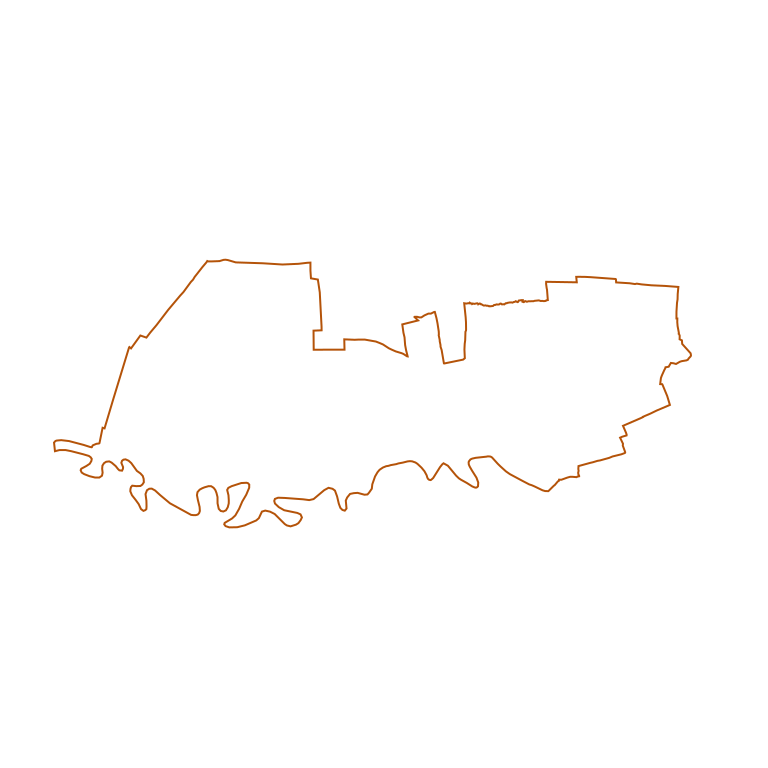 Dranceni, Vaslui, Romania, rotated 119°
{"feature_id": "2599482B495393789675", "entity_name": "Dranceni", "entity_type": "district", "adm_level": 2, "iso_a3": "ROU", "parent_name": "Romania", "parent_adm1": "Vaslui", "projection": "albers", "projection_center": [28.101, 46.793], "detail": "fine", "context": "isolated", "style": "outline", "palette": "amber", "viewbox_px": 768, "rotation_deg": 119, "n_neighbors": 0, "source": "geoboundaries", "source_scale": "gbopen_adm2", "svg_char_len": 6154}
<svg xmlns="http://www.w3.org/2000/svg" viewBox="0 0 768 768"><g transform="rotate(119 384 384)"><path d="M602.3,639.2L599.1,635.8L596.2,630.6L594.4,625.0L591.3,613.1L590.0,607.3L590.3,605.0L591.2,603.3L593.3,602.6L596.4,602.7L599.9,604.5L604.9,607.7L606.5,607.5L608.0,605.5L608.2,602.6L607.4,596.9L605.9,591.4L603.8,587.6L600.9,586.2L598.0,587.1L594.8,589.4L591.9,590.7L589.0,590.5L586.7,589.3L584.9,586.8L584.8,584.1L585.9,578.8L587.3,575.5L587.8,573.6L586.8,571.1L584.8,571.2L583.2,571.9L580.3,575.5L578.1,575.9L576.5,575.2L575.2,573.5L574.9,570.2L575.7,566.7L579.8,558.0L580.3,553.7L581.4,550.4L583.5,548.2L586.4,546.4L589.1,546.6L591.3,547.6L593.4,551.1L595.0,554.9L596.7,555.3L598.6,554.9L600.8,553.9L603.5,550.5L605.8,545.0L608.0,540.3L611.2,535.9L611.6,532.9L610.0,531.6L608.6,531.2L606.1,532.4L601.3,535.2L595.9,539.2L591.8,539.8L589.4,538.5L588.1,536.4L588.1,532.6L589.7,525.9L592.1,513.4L592.0,489.3L591.0,486.9L589.9,485.0L588.5,483.6L586.5,483.1L584.3,483.5L580.9,485.7L575.5,490.7L571.9,493.7L569.0,494.7L565.8,494.0L563.4,492.5L561.4,490.9L558.4,487.9L557.2,485.6L557.3,483.5L557.6,482.1L558.6,480.0L560.5,477.7L563.6,474.8L569.1,471.7L573.3,468.0L574.2,465.3L573.4,462.7L571.1,461.0L567.5,460.9L563.7,461.9L560.9,463.4L556.7,466.1L552.7,469.8L550.3,469.8L547.2,467.7L539.8,460.8L537.0,456.3L536.7,454.9L537.3,453.1L540.1,451.6L547.6,450.8L555.5,451.0L563.4,450.2L571.0,450.3L575.3,451.7L582.7,456.0L584.2,455.7L585.1,453.7L584.4,449.8L580.4,442.9L575.1,437.2L565.3,429.6L562.0,428.4L554.8,428.9L552.3,426.5L550.9,421.8L550.7,416.6L554.6,402.9L554.8,400.4L553.8,396.7L549.7,392.8L547.2,391.4L543.5,390.9L540.5,391.1L538.5,393.8L538.8,397.3L542.8,410.1L542.7,416.4L541.4,421.4L539.5,423.3L537.4,423.7L534.8,421.5L531.8,415.6L524.0,398.7L521.8,393.1L518.8,389.8L505.8,384.8L501.7,382.2L500.6,378.2L501.0,375.2L505.1,370.5L510.5,365.6L513.5,362.1L514.3,359.3L513.8,356.9L511.1,356.4L504.5,360.9L501.1,361.2L496.6,360.4L494.1,357.5L492.0,354.3L490.3,347.4L488.6,344.9L486.3,344.4L481.5,343.9L477.4,345.6L469.2,347.0L464.4,346.9L461.7,346.4L460.6,346.0L457.5,344.4L454.8,342.2L453.4,340.4L451.7,338.8L448.2,334.5L446.5,332.9L443.6,329.4L440.3,325.9L438.9,323.9L438.0,321.9L437.4,318.4L437.6,316.1L439.0,310.6L440.7,306.3L443.2,302.4L444.8,300.8L445.6,299.6L445.9,298.3L445.6,297.0L445.3,296.5L443.6,295.8L442.3,295.4L429.6,294.7L426.0,294.1L424.5,293.5L424.5,288.5L429.2,276.5L430.2,272.8L430.4,270.2L430.4,263.6L430.8,257.1L430.5,254.5L430.1,253.3L429.1,252.5L427.9,252.2L424.5,253.8L421.1,257.7L417.1,265.0L414.7,269.0L413.2,270.9L411.3,272.1L410.2,272.2L408.0,271.8L406.5,270.7L404.1,268.0L397.9,259.2L397.1,258.3L396.0,256.2L395.8,255.0L395.9,253.8L398.6,245.9L399.6,242.3L401.3,235.0L401.8,230.2L401.6,215.8L401.4,208.2L400.9,205.8L400.6,202.7L400.1,193.8L399.5,191.1L398.0,188.3L390.5,186.1L389.8,185.7L384.8,184.7L383.9,184.1L382.8,184.5L381.7,182.4L377.0,178.3L375.0,176.3L374.0,174.6L372.1,170.4L371.3,170.0L370.1,168.6L369.5,169.0L369.2,169.5L369.1,169.9L367.6,171.1L365.6,171.7L364.2,172.8L361.5,174.1L352.9,165.3L351.2,163.4L347.7,160.0L346.2,158.1L339.4,151.2L336.6,149.0L330.4,142.3L327.6,139.9L327.1,139.8L326.5,140.2L322.1,145.3L320.4,146.0L316.5,151.5L314.5,150.0L311.4,146.9L310.7,147.2L309.3,148.7L304.7,154.7L288.6,142.3L287.3,141.4L287.1,141.6L280.8,136.7L275.1,132.7L263.7,123.8L257.2,130.5L249.5,140.2L249.3,140.7L250.2,142.4L244.5,144.7L241.9,145.1L235.9,145.6L234.1,145.6L232.9,145.9L230.9,143.4L226.5,143.3L225.5,140.8L224.9,138.3L221.1,136.0L219.7,134.7L216.6,130.8L215.2,129.9L214.3,130.0L211.1,129.2L210.1,129.4L208.5,130.7L204.4,142.6L201.4,144.6L201.6,147.1L198.4,148.8L197.2,150.2L197.2,150.6L196.2,151.0L191.0,155.3L187.7,157.5L184.5,159.2L184.9,160.0L178.9,163.3L170.9,167.1L167.6,168.3L163.0,170.7L156.4,173.6L162.0,185.8L168.0,197.9L172.0,207.0L173.7,211.6L174.9,212.9L176.8,218.0L182.6,230.2L180.0,231.9L179.9,232.4L190.4,255.1L192.7,259.8L195.8,265.6L197.1,267.8L201.6,264.7L216.0,291.7L217.8,290.8L221.3,288.2L222.4,287.2L231.2,281.4L232.1,282.6L232.9,282.8L234.0,284.3L234.6,285.9L235.4,287.1L235.8,289.1L238.3,292.7L239.1,293.4L241.7,297.9L242.8,298.9L242.9,300.3L243.0,300.6L243.7,301.3L244.0,301.1L244.6,301.4L244.8,301.8L244.9,302.9L243.4,303.3L243.9,304.3L245.7,306.6L247.0,306.5L247.5,306.7L247.7,307.0L247.7,308.9L248.8,309.5L249.4,310.3L250.5,311.0L250.9,312.2L251.9,313.8L253.4,315.6L253.9,315.8L254.4,316.7L256.1,317.4L256.4,318.4L257.2,319.4L257.0,320.7L257.3,321.3L258.6,321.9L259.3,322.9L259.9,324.3L260.8,324.9L261.5,326.0L262.9,326.5L264.7,329.0L264.7,329.4L265.1,329.8L265.2,331.2L265.8,332.2L266.0,333.3L267.0,334.7L267.1,335.8L267.0,337.4L267.3,337.9L267.1,338.2L267.1,339.2L268.6,340.2L268.2,340.6L268.2,341.6L270.1,343.8L270.5,345.1L271.4,345.7L271.0,346.3L271.5,347.0L271.3,348.5L272.2,348.6L272.5,349.5L273.7,350.9L274.5,353.0L286.1,344.9L290.3,342.2L296.6,338.6L297.5,338.2L298.8,338.1L306.4,334.2L309.7,332.9L314.8,330.4L322.3,325.8L324.3,326.6L336.8,341.2L336.9,341.6L326.3,350.1L324.0,352.6L322.5,353.5L319.7,355.9L318.4,356.7L314.7,359.9L314.1,360.0L311.5,361.6L304.9,366.7L301.0,370.0L296.3,374.5L296.6,375.0L299.7,377.1L300.9,379.3L304.4,381.9L307.6,383.6L308.5,385.1L309.2,387.7L310.3,389.7L310.6,389.8L311.9,385.0L323.0,396.9L329.8,391.8L333.2,388.7L339.7,384.4L343.7,381.1L348.4,376.7L348.6,377.2L348.3,381.7L348.5,383.5L349.8,389.5L350.2,393.8L350.4,397.1L349.9,404.1L350.3,407.9L350.8,411.7L354.5,422.4L357.5,427.8L359.5,431.0L364.2,440.4L373.1,435.2L388.1,462.1L371.5,471.5L367.3,464.6L364.3,466.3L335.0,484.6L324.7,492.5L327.0,499.1L320.5,503.3L313.5,507.2L315.2,509.9L320.3,517.0L328.7,530.7L337.2,548.6L349.5,572.6L351.3,580.6L352.1,582.8L353.2,584.5L356.3,587.5L360.1,593.8L362.0,597.2L362.1,598.2L363.7,598.3L369.7,599.5L382.1,601.5L385.3,601.6L388.4,602.4L400.9,604.0L405.4,605.1L423.8,608.7L442.7,611.5L452.4,613.4L458.6,614.3L459.7,620.6L475.5,622.5L475.1,624.6L475.6,624.7L529.6,613.2L558.3,606.9L558.7,608.9L573.6,604.2L574.0,604.3L574.4,604.7L575.7,606.5L578.5,608.7L579.0,609.0L580.9,608.9L581.1,609.1L581.6,610.7L582.9,617.2L586.6,631.8L589.6,639.1L592.1,642.8L593.1,643.7L595.2,644.2L602.3,639.2Z" fill="none" stroke="#b45309" stroke-width="2"/></g></svg>